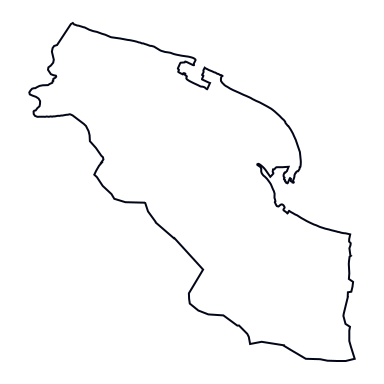 the district of Kota Lhokseumawe, Aceh, Indonesia
{"feature_id": "22746128B88010078110453", "entity_name": "Kota Lhokseumawe", "entity_type": "district", "adm_level": 2, "iso_a3": "IDN", "parent_name": "Indonesia", "parent_adm1": "Aceh", "projection": "orthographic", "projection_center": [97.116, 5.162], "detail": "fine", "context": "isolated", "style": "outline", "palette": "ink", "viewbox_px": 384, "rotation_deg": 0, "n_neighbors": 0, "source": "geoboundaries", "source_scale": "gbopen_adm2", "svg_char_len": 5711}
<svg xmlns="http://www.w3.org/2000/svg" viewBox="0 0 384 384"><path d="M350.2,234.4L348.6,234.0L345.5,233.3L343.9,233.2L341.6,232.8L338.8,232.0L337.9,231.9L336.2,231.4L331.3,230.2L329.3,229.6L325.4,228.7L319.8,226.9L316.0,225.2L313.9,224.5L309.6,222.5L306.8,221.1L303.8,219.4L301.1,217.9L297.1,215.3L295.2,214.5L293.7,213.6L290.1,211.6L289.3,210.9L289.0,210.9L288.9,211.1L288.5,211.8L288.1,212.1L288.1,212.4L287.8,213.1L287.4,213.4L286.2,212.2L284.0,210.6L283.7,210.4L283.5,210.1L283.4,209.8L283.6,209.2L284.5,207.9L284.6,207.6L284.6,207.4L284.4,206.8L283.5,205.3L282.6,204.6L281.7,204.4L281.1,204.5L280.3,205.0L279.6,205.5L278.8,206.3L278.3,206.5L276.9,206.1L276.5,205.6L275.9,204.5L274.8,202.1L274.9,201.9L275.3,201.6L275.4,201.4L275.1,199.8L274.5,197.9L274.5,196.2L274.6,193.7L273.9,191.2L273.1,189.6L271.1,184.8L270.6,183.8L269.3,181.9L267.0,178.8L264.9,176.7L263.4,175.5L262.3,174.1L261.6,172.9L261.4,172.2L261.2,171.3L261.2,169.2L261.3,169.0L260.9,167.9L260.5,167.2L260.0,166.7L257.4,165.0L257.3,164.3L257.6,164.1L258.2,163.8L259.2,164.1L260.8,165.2L262.9,167.0L264.0,168.1L265.5,169.9L270.3,176.8L271.8,175.3L273.3,173.6L273.3,172.8L272.9,172.2L272.7,171.8L273.0,169.4L273.6,169.3L274.1,169.4L274.9,168.7L275.7,167.7L276.7,167.2L282.5,167.2L286.8,166.9L288.6,166.8L286.9,171.1L285.2,172.7L284.8,172.5L284.2,173.2L283.6,174.9L283.6,175.6L283.6,176.3L283.8,176.9L284.5,177.5L283.9,179.0L284.1,179.5L284.6,179.6L285.1,180.1L285.2,180.5L285.0,181.1L285.1,181.4L285.6,181.9L286.3,182.2L286.4,182.3L286.3,182.8L287.4,183.3L287.7,183.1L287.9,182.8L289.8,178.3L290.0,178.1L290.8,178.7L291.0,178.9L290.8,179.6L290.8,179.9L290.9,181.0L291.0,181.3L291.4,181.5L292.7,182.0L292.6,182.5L292.9,182.6L293.5,182.7L293.8,182.2L293.2,181.4L293.1,181.1L293.1,180.4L293.7,179.1L294.4,176.8L294.5,175.1L294.9,174.3L295.1,173.6L295.3,173.3L295.4,173.2L295.6,173.2L295.8,173.0L295.9,172.4L296.1,172.2L297.4,171.1L297.8,171.1L298.0,171.2L298.3,170.9L299.6,168.8L299.7,167.1L300.0,166.8L300.2,167.0L300.3,167.0L300.4,166.8L300.7,164.9L300.8,162.5L300.8,161.1L299.9,152.1L299.1,149.7L298.2,147.1L295.8,140.0L295.3,138.9L293.7,135.4L293.1,133.9L290.9,129.9L289.4,127.6L288.3,126.0L288.0,126.0L287.8,125.8L285.6,123.1L285.3,122.5L285.2,121.7L284.7,121.1L283.8,120.0L282.0,118.4L279.5,115.8L274.5,111.3L273.5,110.5L271.3,108.8L267.5,106.6L262.7,104.0L259.5,102.3L256.2,100.9L252.6,99.1L250.4,97.8L246.2,95.9L243.7,94.9L239.0,92.7L232.9,90.0L230.0,88.5L227.3,86.8L226.1,86.2L224.8,85.3L224.2,84.8L223.7,84.2L222.5,83.1L221.2,81.3L221.0,80.8L220.9,79.0L221.1,78.3L221.1,77.4L221.6,76.5L222.5,76.0L222.5,75.9L221.7,75.4L221.1,75.1L220.1,75.0L218.3,73.9L217.3,73.8L216.4,73.2L215.4,72.6L214.4,72.4L212.1,71.3L208.8,70.0L207.2,69.1L205.8,68.5L204.7,67.7L203.4,70.3L203.4,70.9L203.6,71.7L203.6,72.0L203.2,73.0L202.2,74.7L202.2,75.1L203.3,75.6L203.4,75.8L202.0,79.1L202.0,79.3L202.2,79.5L208.6,82.5L210.0,83.0L207.3,89.0L207.1,89.2L206.7,89.0L206.2,88.7L204.8,87.5L204.3,87.2L202.7,86.7L201.4,86.6L200.4,86.4L199.8,86.1L198.3,85.3L193.1,82.9L189.4,81.0L188.1,80.2L186.9,79.3L186.5,78.7L186.3,78.2L186.4,77.8L186.8,76.5L186.8,76.3L186.6,76.1L185.3,75.3L185.1,75.0L185.1,74.9L185.4,73.9L185.2,73.6L184.8,73.4L184.2,73.2L183.5,73.2L183.4,73.2L183.2,73.5L183.3,74.2L183.2,74.3L182.9,74.4L180.4,73.2L178.5,72.1L178.3,71.9L178.3,71.5L178.9,70.1L178.9,69.8L178.8,69.6L178.0,68.8L177.9,68.7L177.9,68.4L180.2,63.2L180.6,62.8L180.8,62.7L184.7,62.4L184.9,62.2L185.0,61.8L185.2,61.6L185.4,61.6L185.8,61.7L187.1,62.2L193.0,65.1L193.9,65.2L194.0,65.1L193.8,63.7L194.0,63.2L195.3,60.7L195.5,60.2L195.5,59.8L195.4,59.5L195.0,59.1L194.2,58.5L193.0,57.9L191.5,57.4L188.7,56.7L181.6,55.7L176.1,54.6L173.7,54.0L170.5,52.8L167.6,52.3L165.2,52.0L161.8,51.0L160.9,50.7L159.9,50.2L154.0,46.6L151.4,45.9L150.3,45.9L150.0,45.8L146.8,44.6L144.5,43.9L143.3,43.4L142.0,43.4L140.2,42.6L138.8,42.4L136.8,41.7L134.0,41.0L130.0,40.2L127.6,39.9L120.2,38.5L111.6,37.3L110.7,37.1L106.3,35.2L105.5,34.8L102.1,33.8L96.9,31.9L93.2,31.1L89.4,29.8L87.6,28.9L84.6,27.4L83.4,27.2L82.3,26.8L79.6,26.0L78.8,25.7L77.1,25.5L76.5,25.3L75.7,24.9L74.5,24.6L74.2,24.5L73.7,24.0L72.8,23.0L70.9,24.1L57.1,45.0L54.1,46.0L52.6,48.1L51.9,51.7L53.8,59.7L53.2,62.7L50.8,65.6L48.4,67.4L48.0,69.8L50.9,74.2L53.5,75.2L55.9,75.7L56.2,76.7L55.4,77.7L53.4,78.8L53.3,80.0L53.2,79.9L52.8,80.6L52.3,82.8L49.8,83.9L48.0,85.1L45.4,85.2L42.7,85.3L39.6,85.9L37.1,87.1L35.2,88.2L34.0,88.2L32.1,88.7L30.5,90.5L29.3,92.4L29.8,94.4L32.5,95.6L36.1,96.9L38.6,98.6L40.1,101.1L40.0,104.0L39.5,106.3L37.5,108.0L35.7,110.4L34.3,110.7L33.6,111.4L33.7,114.0L34.9,115.8L37.3,116.8L42.3,116.7L45.3,116.8L46.7,116.5L48.8,116.8L50.8,116.4L52.1,116.7L53.1,116.4L54.9,116.4L57.9,115.8L59.6,115.9L61.2,115.5L62.6,115.5L66.2,114.8L68.0,114.7L69.4,114.3L70.4,114.4L72.6,115.4L83.8,123.9L86.0,126.0L88.6,131.2L89.6,135.3L89.9,141.2L95.9,147.9L101.3,155.7L103.0,157.3L103.4,159.5L101.2,162.6L101.7,162.7L99.1,165.7L96.2,170.7L94.3,174.7L96.9,177.1L102.7,185.9L111.5,194.1L114.3,198.8L125.4,202.2L145.0,202.7L145.0,202.3L148.0,211.4L155.7,222.0L155.7,222.5L174.1,238.4L174.4,238.1L203.1,269.6L188.9,293.3L189.1,298.8L189.8,303.6L198.3,310.5L208.3,314.4L223.4,315.4L237.3,325.6L239.0,325.5L247.3,333.9L248.8,336.9L250.1,344.0L261.6,341.8L283.9,345.3L283.8,345.7L290.7,349.9L305.8,358.8L320.1,359.2L327.5,360.7L337.1,361.0L345.7,361.0L354.7,358.8L350.9,346.7L349.3,341.0L349.3,330.5L350.0,326.8L345.5,323.9L343.4,315.9L343.8,313.4L347.8,297.1L347.7,297.1L347.9,292.3L351.3,291.7L352.5,286.7L353.1,281.9L348.9,279.0L349.3,273.3L348.8,264.0L349.0,261.1L349.6,256.7L350.9,255.8L350.4,255.4L349.4,248.3L350.5,245.2L350.7,243.3L350.5,242.9L349.5,242.0L349.1,241.5L349.2,239.0L350.2,234.4Z" fill="none" stroke="#020617" stroke-width="2"/></svg>